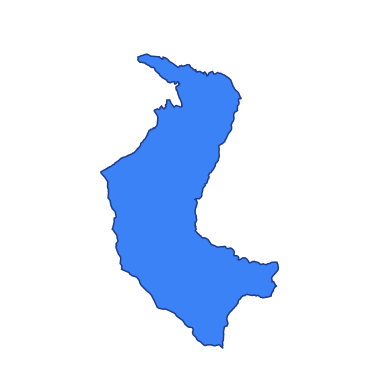 the district of Rucar, Arges, Romania, rotated 219°
{"feature_id": "2599482B65815623674969", "entity_name": "Rucar", "entity_type": "district", "adm_level": 2, "iso_a3": "ROU", "parent_name": "Romania", "parent_adm1": "Arges", "projection": "robinson", "projection_center": [25.127, 45.475], "detail": "fine", "context": "isolated", "style": "filled", "palette": "blue", "viewbox_px": 384, "rotation_deg": 219, "n_neighbors": 0, "source": "geoboundaries", "source_scale": "gbopen_adm2", "svg_char_len": 6013}
<svg xmlns="http://www.w3.org/2000/svg" viewBox="0 0 384 384"><g transform="rotate(219 192 192)"><path d="M314.0,260.1L312.8,261.2L310.3,262.2L309.8,262.7L308.5,262.4L307.1,262.9L305.8,262.9L305.2,263.3L302.6,263.2L301.5,263.5L300.6,264.5L299.5,264.6L298.8,264.5L297.1,263.3L292.4,263.0L291.6,263.2L290.3,262.4L288.2,262.4L287.2,262.2L281.9,263.0L280.6,262.3L279.9,262.3L277.4,263.4L277.0,264.8L275.0,266.8L273.7,265.1L273.3,265.1L272.8,265.6L272.6,266.4L272.7,268.5L271.9,268.8L270.0,268.3L270.5,267.8L270.0,267.5L269.7,267.7L269.5,267.4L270.0,265.4L270.7,264.0L269.9,262.6L268.7,261.8L268.2,261.8L268.1,261.3L267.2,261.4L264.7,259.4L261.5,257.6L261.1,257.1L260.6,257.1L257.9,255.8L255.4,254.1L254.4,252.7L253.9,252.6L253.6,252.1L254.0,251.1L258.8,249.2L259.4,246.7L263.8,247.7L267.3,249.5L269.4,247.6L268.9,247.2L268.5,246.2L267.2,244.6L267.1,243.9L267.5,243.2L267.3,242.8L265.9,242.1L266.1,240.3L265.7,239.6L266.4,238.9L267.2,238.9L269.8,239.6L269.9,237.5L269.3,236.6L269.5,235.7L269.9,235.2L271.1,234.9L272.7,232.1L272.3,231.2L267.3,229.7L265.3,228.3L261.5,222.6L261.1,221.1L261.1,218.2L261.2,217.9L262.0,218.0L262.4,216.9L262.4,215.9L263.4,214.9L263.2,214.2L264.1,212.9L263.5,211.3L263.1,208.9L262.7,208.9L261.9,203.9L261.9,202.7L262.3,202.0L261.9,200.3L262.4,197.7L261.3,195.6L261.2,193.8L261.3,191.5L261.7,191.4L261.4,191.0L261.7,185.8L262.5,185.1L262.4,184.7L262.9,183.0L263.4,182.7L263.8,181.5L264.5,180.7L264.4,180.3L264.8,180.0L264.8,179.4L265.2,179.0L265.7,177.5L266.9,175.9L267.4,175.7L267.6,174.6L268.4,173.6L268.8,169.7L269.2,169.1L270.1,165.8L269.9,164.5L270.6,163.3L271.1,160.7L271.8,159.9L271.8,159.2L272.6,158.3L272.5,157.0L273.3,156.3L273.4,154.8L274.1,154.0L274.8,151.6L275.5,150.6L275.1,149.8L274.3,149.4L269.0,148.6L264.0,147.0L260.6,142.5L258.3,141.2L257.7,140.1L256.4,138.9L253.6,134.6L250.2,133.8L246.3,130.3L245.4,130.0L243.6,128.9L239.6,128.5L235.7,125.5L235.3,125.1L235.4,123.3L236.0,122.8L235.4,121.8L233.7,119.9L232.6,117.8L231.7,115.6L231.2,115.0L230.6,112.9L229.1,112.9L227.5,112.2L223.9,111.3L222.5,110.6L221.7,109.5L219.3,107.8L218.4,106.9L218.6,104.5L217.9,103.2L216.7,103.1L216.9,102.0L216.1,101.0L210.2,97.5L207.2,96.7L205.6,95.7L202.8,91.2L200.9,90.8L199.8,90.1L198.5,88.6L198.1,87.6L190.1,89.8L189.0,89.1L186.0,89.3L181.5,91.0L180.7,90.9L177.2,90.0L174.8,88.3L172.5,87.5L165.4,86.7L160.8,86.7L158.5,86.2L152.9,83.8L146.5,80.6L144.8,80.8L142.1,82.0L140.6,82.9L138.6,84.6L129.0,86.9L125.9,85.9L118.5,86.3L116.8,85.9L114.1,84.8L110.9,84.7L109.3,85.0L107.1,86.5L105.9,86.7L104.3,85.7L103.1,83.0L101.2,81.8L97.6,81.6L95.6,80.6L93.9,80.3L90.7,81.0L88.4,80.6L86.0,80.6L85.1,81.0L83.6,83.1L80.9,85.3L78.2,86.4L77.2,87.1L75.4,89.8L74.4,90.4L73.7,90.6L72.7,90.2L69.6,90.0L71.5,91.2L71.4,92.0L74.2,95.0L74.1,95.8L74.6,96.8L78.3,102.0L79.0,102.3L80.6,105.0L82.0,107.8L80.5,110.0L81.4,112.5L85.2,115.3L86.7,118.3L86.6,120.1L87.0,121.5L86.5,125.5L86.7,127.1L86.3,127.7L86.5,129.5L86.1,131.3L86.4,132.5L86.3,134.4L87.7,137.1L87.1,139.9L87.4,140.4L87.5,141.6L87.1,142.4L87.1,143.5L85.7,144.8L85.2,146.8L80.2,149.4L78.5,151.3L76.7,151.6L76.1,152.9L73.8,153.5L72.5,153.3L71.5,154.0L70.3,154.4L66.2,159.1L65.0,161.2L66.2,162.6L66.2,163.6L66.6,164.4L66.6,166.3L67.2,167.3L67.6,168.7L67.6,170.6L67.1,171.9L67.4,172.2L68.6,172.1L72.1,173.7L73.4,172.7L73.5,173.3L75.7,174.9L76.4,176.5L76.0,183.9L76.3,186.0L77.4,187.7L79.9,189.8L81.6,190.7L81.7,190.4L82.1,190.5L83.1,190.0L85.8,187.5L86.5,185.6L88.0,183.9L88.3,182.4L90.7,181.1L91.5,181.0L92.3,179.7L93.2,178.8L95.8,179.0L100.1,177.2L100.6,176.3L101.2,176.1L102.3,173.4L103.7,173.1L104.3,173.7L107.5,174.4L109.4,174.2L111.3,172.5L111.5,171.1L112.5,169.1L113.4,168.4L113.9,168.9L114.0,169.9L114.4,170.4L115.8,170.9L117.3,170.5L119.4,169.0L121.4,171.9L122.7,172.8L125.5,173.1L127.0,172.6L128.4,170.7L129.3,170.2L130.4,170.0L131.5,170.5L132.2,170.3L132.8,170.0L132.9,169.3L133.3,169.3L137.7,165.1L141.6,164.3L143.8,163.3L149.5,165.1L152.2,164.8L154.1,163.9L154.6,163.1L156.2,162.9L156.9,162.9L157.4,163.4L158.2,163.1L160.2,163.5L161.1,163.2L162.9,163.7L165.0,163.8L165.4,165.9L167.9,167.3L168.1,167.5L167.8,167.7L168.5,167.9L168.8,168.6L170.5,170.3L170.1,170.9L170.8,173.4L172.7,174.7L173.3,175.8L175.9,177.3L177.6,179.2L178.7,180.8L180.0,184.5L181.4,187.2L183.6,188.4L185.0,188.0L184.7,189.4L182.1,191.2L181.7,193.9L182.0,195.1L183.8,197.7L184.5,199.7L185.6,201.2L185.9,202.7L185.8,205.4L187.0,206.3L186.2,207.7L186.2,208.5L187.7,212.1L187.5,212.6L187.6,213.4L188.4,214.6L189.5,215.0L189.8,215.9L190.2,217.8L189.5,219.1L189.8,221.5L189.6,222.5L190.3,226.7L191.7,229.2L191.3,230.4L191.6,231.7L191.4,233.0L192.5,234.8L193.3,237.0L196.3,240.0L197.8,242.5L200.3,244.7L199.5,247.6L198.9,248.5L198.3,251.9L199.0,253.4L199.0,254.7L200.3,259.5L200.5,261.2L200.4,263.2L200.7,265.4L201.6,266.9L204.1,269.2L204.0,270.3L204.7,271.5L204.5,272.8L205.1,274.6L206.1,276.2L207.1,276.9L208.6,278.7L209.0,280.9L208.1,283.0L208.1,284.2L209.0,284.6L209.4,285.8L210.7,287.2L210.8,289.4L211.5,290.9L214.1,292.9L214.1,294.2L213.1,294.8L212.8,295.6L213.3,296.0L214.1,296.0L218.0,298.2L219.9,298.6L221.5,298.5L224.1,298.9L225.0,299.5L226.4,299.9L232.3,303.4L235.7,303.7L236.6,303.4L237.2,303.6L238.2,303.3L239.7,303.4L245.1,302.0L245.7,301.1L247.3,301.0L248.2,298.5L249.2,297.4L251.8,298.6L252.7,297.4L253.8,294.7L253.3,293.9L253.1,292.8L253.3,292.0L253.8,291.6L254.3,292.4L255.8,293.0L257.5,293.3L257.8,293.1L257.8,292.5L257.4,291.5L258.2,291.8L258.7,291.0L261.7,290.8L263.4,288.8L263.6,288.8L263.7,288.2L264.9,288.7L264.9,288.3L265.3,288.2L266.2,289.3L266.5,288.7L268.0,288.0L269.0,288.5L271.7,288.1L272.8,288.8L273.5,289.0L273.5,288.8L274.1,289.1L274.6,288.5L275.5,288.3L276.2,287.5L276.4,286.6L278.5,283.6L279.6,283.8L279.7,283.2L280.9,282.3L280.9,280.4L281.4,280.1L288.0,279.8L291.7,279.2L293.7,279.7L297.0,279.6L297.9,279.0L299.3,278.7L298.3,276.7L301.6,276.2L302.3,276.6L309.6,271.6L313.6,270.9L315.5,268.7L315.8,267.7L317.5,265.6L317.7,264.7L319.0,262.8L318.2,262.5L317.3,260.7L316.4,260.3L314.0,260.1Z" fill="#3b82f6" stroke="#1e3a8a" stroke-width="1.5"/></g></svg>